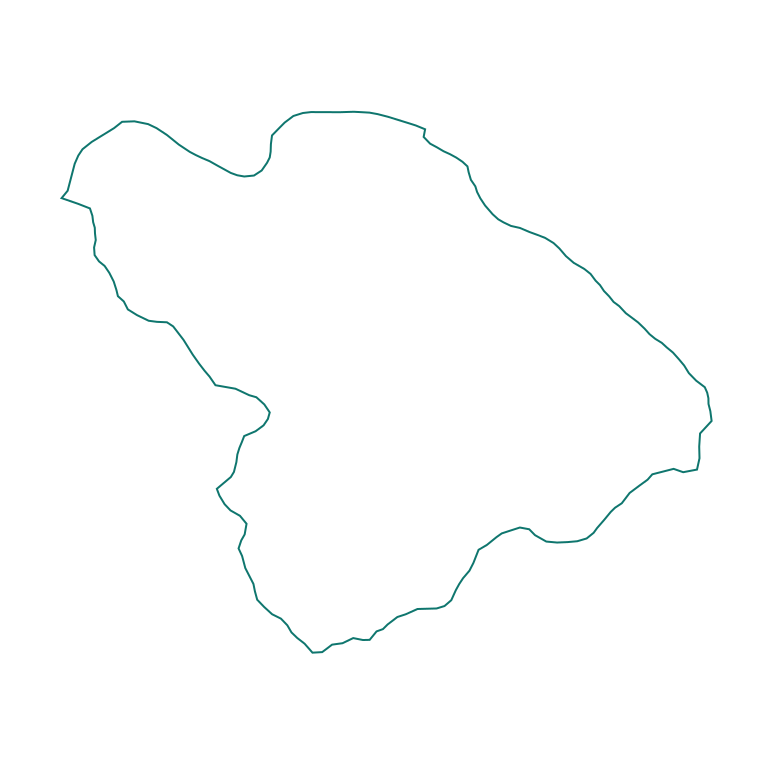 the district of Arealva, São Paulo, Brazil, rotated 272°
{"feature_id": "56859067B4619335794739", "entity_name": "Arealva", "entity_type": "district", "adm_level": 2, "iso_a3": "BRA", "parent_name": "Brazil", "parent_adm1": "São Paulo", "projection": "natural_earth1", "projection_center": [-48.98, -22.076], "detail": "fine", "context": "isolated", "style": "outline", "palette": "teal", "viewbox_px": 768, "rotation_deg": 272, "n_neighbors": 0, "source": "geoboundaries", "source_scale": "gbopen_adm2", "svg_char_len": 2682}
<svg xmlns="http://www.w3.org/2000/svg" viewBox="0 0 768 768"><g transform="rotate(272 384 384)"><path d="M628.5,263.4L619.8,262.6L612.2,262.6L606.4,261.9L601.0,259.4L593.1,254.3L587.8,246.8L586.5,237.1L587.5,230.0L589.6,223.5L596.5,209.8L600.6,201.9L603.5,194.3L606.2,188.0L609.2,181.8L616.1,170.6L625.2,158.5L631.8,147.7L635.5,139.2L637.8,125.4L636.9,113.1L630.3,105.3L615.8,83.5L608.1,74.5L601.6,70.5L593.3,67.2L566.1,61.1L558.5,55.3L553.4,72.0L549.2,84.0L541.9,86.7L535.5,87.7L530.1,89.5L524.5,89.9L517.8,90.9L510.3,89.5L502.7,90.3L496.6,94.9L492.2,100.7L485.5,105.6L477.0,110.3L468.6,113.3L462.5,115.0L457.4,121.1L449.6,125.4L444.2,134.8L439.0,146.6L438.2,154.8L438.1,164.9L434.2,171.3L421.1,182.1L406.7,191.8L398.0,198.4L391.1,204.1L385.3,209.4L376.9,215.6L374.1,235.7L368.1,249.7L366.3,256.9L359.4,265.1L351.6,270.8L345.0,269.2L338.5,265.1L332.3,257.3L327.1,246.1L321.1,244.0L315.0,241.7L308.4,239.9L300.8,239.2L290.9,237.1L285.7,234.2L273.4,220.6L266.7,223.4L258.3,228.9L252.3,235.0L247.2,244.7L239.5,251.5L228.8,250.0L222.7,246.8L214.6,244.4L207.1,248.2L195.2,251.8L185.7,257.1L179.6,260.5L172.4,262.2L164.0,264.8L157.0,272.0L150.0,280.2L145.9,289.2L139.5,295.8L132.5,300.2L127.2,306.1L121.7,313.7L113.0,321.9L113.9,331.6L121.7,341.2L123.5,351.6L129.0,362.1L127.4,371.9L127.8,378.6L136.5,385.2L139.0,391.5L143.8,396.0L151.6,405.5L154.6,413.7L160.3,425.3L161.5,444.4L164.2,452.2L170.3,458.8L180.5,463.0L186.8,466.2L192.7,469.8L200.4,475.9L208.3,479.6L221.6,484.3L226.8,492.5L234.9,501.8L238.8,506.9L241.8,515.1L245.3,524.8L243.9,534.2L238.2,540.2L232.2,551.7L231.6,562.5L232.4,572.9L233.6,582.6L236.7,591.9L242.6,598.7L247.5,602.0L255.9,608.8L264.0,615.0L268.4,619.2L273.1,625.8L283.7,633.3L291.5,643.0L297.6,650.8L303.1,655.3L309.3,676.4L306.3,686.1L309.4,699.8L320.8,701.9L332.5,701.2L345.6,701.6L358.5,712.7L368.2,711.1L375.4,709.0L381.1,708.7L386.6,707.3L392.0,704.7L398.2,695.9L405.5,688.3L413.0,683.3L419.1,677.8L425.5,671.7L430.5,665.2L434.8,660.2L438.6,653.5L443.0,647.7L448.4,642.5L454.4,635.8L459.4,628.7L463.2,623.2L470.0,616.4L474.0,610.6L479.4,606.0L484.6,600.6L490.4,596.4L494.6,591.9L501.2,586.6L506.0,580.1L511.7,569.4L518.1,561.4L525.6,554.5L530.8,548.5L535.6,540.0L538.3,532.3L541.0,524.0L544.7,514.4L546.4,505.4L549.7,497.8L552.6,492.4L557.5,486.6L565.9,478.8L572.9,473.8L579.2,470.3L584.7,468.4L591.1,463.7L598.6,461.2L604.4,459.8L608.8,454.7L612.8,448.3L616.0,441.9L618.7,435.4L622.4,428.6L625.8,421.7L632.3,415.0L640.0,416.2L643.5,406.7L645.6,399.2L651.2,378.6L653.5,368.2L654.7,360.0L654.9,351.0L655.0,344.2L654.1,330.5L653.2,301.5L652.0,293.5L648.7,284.1L641.8,275.6L636.4,270.6L628.5,263.4Z" fill="none" stroke="#0f766e" stroke-width="2"/></g></svg>